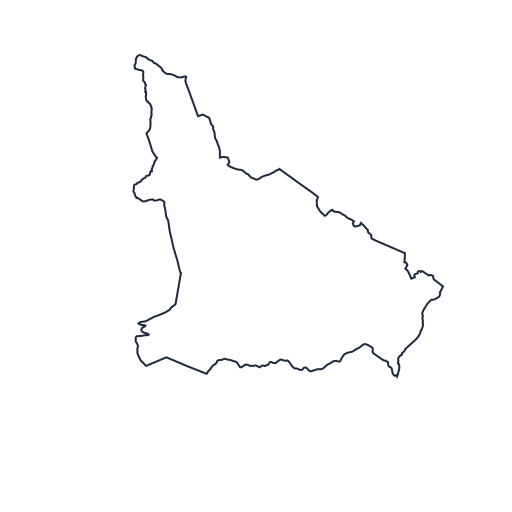 Kintampo South, Brong Ahafo, Ghana (Robinson projection), rotated 22°
{"feature_id": "2480657B51466124780551", "entity_name": "Kintampo South", "entity_type": "district", "adm_level": 2, "iso_a3": "GHA", "parent_name": "Ghana", "parent_adm1": "Brong Ahafo", "projection": "robinson", "projection_center": [-1.864, 7.943], "detail": "fine", "context": "isolated", "style": "outline", "palette": "slate", "viewbox_px": 512, "rotation_deg": 22, "n_neighbors": 0, "source": "geoboundaries", "source_scale": "gbopen_adm2", "svg_char_len": 6097}
<svg xmlns="http://www.w3.org/2000/svg" viewBox="0 0 512 512"><g transform="rotate(22 256 256)"><path d="M188.0,347.3L184.0,350.9L178.5,357.4L177.3,358.4L173.7,360.4L172.3,362.5L173.6,362.9L175.5,362.8L178.3,362.0L179.5,362.0L179.4,363.0L178.4,363.9L177.3,365.6L177.2,367.3L177.6,367.9L178.6,368.8L180.5,369.0L182.6,368.9L183.7,368.6L185.9,369.0L185.5,369.9L183.8,370.5L179.3,373.2L175.6,375.0L175.3,375.3L175.1,375.8L175.1,376.9L176.7,380.6L177.5,380.9L179.7,382.8L180.5,384.5L180.7,386.1L182.5,390.7L187.6,395.5L189.4,396.6L191.2,397.2L195.2,399.1L210.9,383.5L234.1,383.9L254.4,383.7L254.7,383.1L254.7,381.4L255.0,380.1L255.8,378.8L256.7,374.9L257.4,373.1L258.4,372.1L259.3,370.3L259.3,367.9L260.3,366.6L263.2,365.1L265.0,363.3L265.9,363.0L269.5,362.5L270.4,362.1L274.6,361.8L277.6,361.7L279.0,362.3L282.9,365.1L284.0,364.8L285.9,362.0L287.2,360.5L289.6,359.9L291.5,360.2L292.5,359.7L294.1,359.3L295.8,358.0L297.2,357.5L301.0,357.9L301.3,357.6L302.7,355.3L303.3,355.0L305.6,354.7L306.7,353.2L307.9,352.3L308.1,351.9L308.6,349.3L309.1,348.7L309.6,348.6L311.9,348.7L312.9,348.5L313.8,348.1L314.8,347.3L315.1,346.2L316.3,344.6L317.0,343.4L317.5,342.9L318.9,342.4L320.7,342.5L323.1,341.9L324.2,341.1L325.4,341.3L326.3,341.8L331.6,345.1L333.1,345.6L334.0,345.7L336.2,345.0L337.1,344.9L338.8,345.2L340.2,344.8L341.3,344.3L341.7,343.5L342.1,342.1L342.4,341.6L343.1,341.1L344.2,340.7L344.7,340.8L348.4,342.5L350.1,342.4L355.2,338.1L359.1,336.4L359.6,335.9L360.8,334.3L362.4,330.7L365.5,327.0L366.5,325.4L367.8,324.1L370.0,323.1L372.2,323.0L373.1,322.5L373.5,322.0L373.6,319.5L374.2,315.8L374.6,314.4L375.2,313.4L377.3,311.3L380.7,309.0L381.5,308.1L384.4,304.1L385.5,303.2L386.8,301.1L388.5,298.0L390.2,296.7L393.1,296.6L397.7,297.2L398.6,297.7L399.3,299.0L399.9,300.8L400.6,301.8L401.3,302.2L411.8,304.7L414.3,304.9L415.5,304.4L416.3,304.9L417.8,304.7L419.8,308.0L420.8,308.6L422.5,308.8L423.6,309.2L424.1,309.7L426.3,313.1L427.7,314.4L428.7,315.0L429.4,315.1L429.9,314.9L430.6,313.9L431.0,313.8L431.9,314.7L431.8,312.2L431.4,310.0L431.4,308.1L430.4,305.0L429.6,303.5L429.1,303.2L428.8,302.6L428.2,302.6L427.7,302.2L427.2,299.5L426.3,298.1L426.2,297.5L426.6,295.1L427.4,294.3L427.5,293.5L428.2,292.8L427.8,291.9L427.8,291.3L429.1,289.0L429.4,287.1L429.1,286.7L435.8,272.8L436.9,268.8L437.1,266.2L436.8,263.9L437.2,261.4L437.0,260.2L437.0,258.8L436.4,256.5L435.4,255.4L435.2,253.8L433.8,251.7L433.5,250.9L433.3,249.2L432.0,247.7L431.6,246.9L431.5,245.9L431.6,242.6L432.5,238.1L432.6,236.7L434.5,231.7L434.8,231.1L435.7,230.5L437.3,229.8L438.2,228.9L441.0,225.2L441.2,223.0L440.8,222.0L440.2,221.3L440.8,214.2L429.8,211.1L428.9,210.4L427.6,208.2L427.3,208.1L425.0,208.2L424.3,208.5L423.7,209.2L423.2,209.3L415.7,207.7L415.4,207.9L414.7,209.1L414.0,208.6L412.5,209.1L412.0,210.3L412.4,211.3L411.8,212.1L410.5,213.0L410.0,214.0L410.0,214.7L411.2,216.2L408.5,218.8L405.3,215.6L402.5,213.2L401.6,212.6L399.2,211.8L399.8,207.7L397.7,205.9L396.0,206.3L394.2,200.6L392.8,197.4L391.1,197.6L362.2,196.9L356.5,196.5L354.9,193.3L353.7,193.1L352.5,192.4L351.2,192.1L350.4,191.2L350.2,190.2L343.5,187.0L341.0,186.0L340.8,188.6L337.2,191.4L335.4,191.5L333.6,189.5L333.8,187.1L332.5,187.0L331.0,186.5L328.2,186.5L327.6,186.6L325.5,186.1L323.8,185.3L321.8,185.0L320.9,185.1L317.6,184.3L315.8,184.5L312.5,185.4L311.0,185.5L310.2,185.3L309.5,184.6L308.6,185.4L306.7,188.7L306.2,190.8L305.3,192.5L304.4,193.0L303.5,192.4L300.7,191.5L298.5,190.4L293.9,187.0L291.6,182.1L291.4,178.2L284.8,176.2L264.3,171.3L245.0,166.5L244.6,167.6L242.6,169.2L241.3,171.5L237.6,175.6L233.6,178.6L231.5,180.8L229.8,183.5L228.0,185.0L226.7,185.2L224.9,184.9L223.6,185.2L222.2,185.1L219.6,184.0L218.3,183.3L217.6,183.1L216.4,183.3L211.6,181.7L209.6,181.8L206.4,182.7L202.2,183.0L198.7,182.9L196.5,182.5L195.6,182.1L196.1,178.8L193.0,175.4L188.6,176.3L185.7,178.3L183.2,172.2L180.9,168.8L178.4,166.4L176.4,163.9L174.9,162.9L173.6,161.6L171.3,157.1L170.9,156.5L168.8,154.6L168.1,152.5L167.8,152.2L165.0,150.4L164.4,150.2L163.9,149.1L160.9,145.5L153.6,144.8L149.9,148.1L131.7,127.8L126.1,121.8L124.7,119.5L124.1,116.0L122.9,116.0L120.5,117.9L119.0,118.7L117.1,119.4L115.1,119.5L113.0,119.1L110.8,119.1L109.1,119.3L105.4,120.4L104.3,120.5L102.8,120.2L100.0,119.2L99.8,118.6L99.0,118.4L98.2,117.4L97.7,117.1L92.1,115.3L88.8,115.1L86.7,113.9L85.7,114.1L82.6,113.9L79.5,112.9L76.1,113.2L73.4,113.1L72.7,113.4L71.9,114.1L71.1,115.7L70.8,118.0L71.0,118.1L70.9,118.6L71.9,121.3L72.2,122.7L72.2,123.6L71.9,124.7L72.0,125.3L73.1,126.4L73.5,127.6L76.4,127.4L80.9,126.7L82.1,127.0L82.5,127.4L83.3,129.6L83.3,130.3L84.6,132.5L85.6,135.5L86.5,136.2L87.8,136.6L88.9,137.8L89.0,138.4L90.0,138.8L90.0,139.9L90.3,142.1L91.0,142.7L91.4,143.4L91.6,144.2L91.5,144.7L91.7,145.2L92.7,145.2L92.9,146.2L93.4,146.7L93.7,147.3L93.9,149.3L95.5,152.0L97.0,153.4L97.6,153.2L98.3,153.8L98.8,153.8L99.8,154.5L100.8,154.6L101.1,154.9L101.7,155.7L102.3,156.0L102.6,156.6L103.3,157.1L103.7,157.9L103.8,158.4L104.2,158.6L104.8,160.4L104.9,161.3L106.1,163.7L106.0,164.3L106.6,164.9L106.5,165.8L106.9,167.4L106.7,168.9L107.4,169.9L107.7,171.0L108.4,171.9L108.7,173.4L109.4,174.7L109.5,175.7L110.0,177.0L110.0,178.4L109.5,181.0L108.6,182.6L108.5,183.3L115.2,190.9L120.6,197.7L126.4,201.8L127.4,202.0L127.3,202.6L127.5,203.8L126.4,206.3L126.9,207.5L126.8,210.6L126.5,211.2L126.8,211.9L127.0,215.4L127.7,216.2L127.8,216.6L126.5,217.2L126.7,218.9L127.1,219.9L127.0,220.6L126.3,221.5L124.5,222.7L124.1,223.4L124.1,224.4L123.7,225.2L122.2,226.7L122.1,227.4L121.3,228.6L121.4,229.5L120.8,230.6L120.3,231.4L119.6,231.7L118.7,232.5L118.3,234.0L118.0,234.5L116.9,235.1L116.5,235.7L116.4,236.1L117.3,238.7L118.1,241.8L119.2,242.9L119.7,243.1L121.7,245.7L123.0,246.3L123.6,247.0L124.3,246.5L125.1,246.6L130.6,247.8L131.8,247.3L133.5,246.3L135.6,244.2L138.8,242.3L139.3,242.2L140.6,242.8L141.9,242.4L143.2,241.6L145.2,239.8L146.4,239.4L149.7,239.8L151.1,240.6L151.6,242.8L155.0,247.8L157.6,252.6L161.4,256.2L166.7,265.3L176.8,279.7L185.1,290.1L191.8,299.5L192.8,299.9L199.4,330.8L196.5,336.0L196.1,338.0L195.6,338.9L193.2,342.1L188.0,347.3Z" fill="none" stroke="#1e293b" stroke-width="2"/></g></svg>